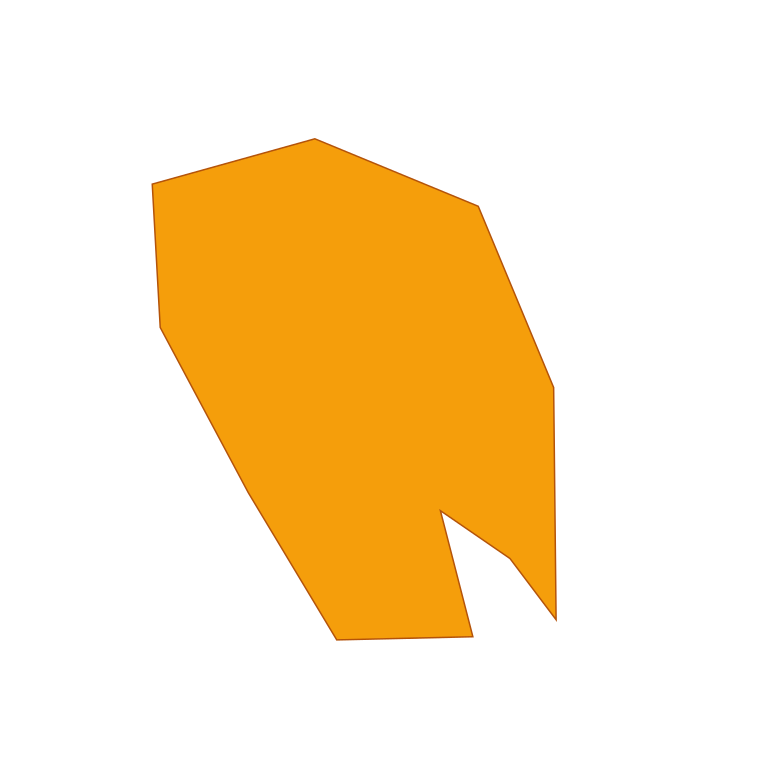 the border of Cork, rotated 59°
{"feature_id": "IRL-5569", "entity_name": "Cork", "entity_type": "City", "adm_level": 1, "iso_a3": "IRL", "parent_name": "Ireland", "parent_adm1": "", "projection": "natural_earth1", "projection_center": [-8.45, 51.888], "detail": "fine", "context": "isolated", "style": "filled", "palette": "amber", "viewbox_px": 768, "rotation_deg": 59, "n_neighbors": 0, "source": "natural_earth", "source_scale": "10m", "svg_char_len": 313}
<svg xmlns="http://www.w3.org/2000/svg" viewBox="0 0 768 768"><g transform="rotate(59 384 384)"><path d="M674.7,357.9L598.5,365.9L521.6,400.9L646.4,438.0L579.0,556.3L407.1,556.3L220.3,546.7L93.3,479.7L138.2,317.0L280.2,211.7L474.4,240.4L674.7,357.9Z" fill="#f59e0b" stroke="#b45309" stroke-width="1.5"/></g></svg>